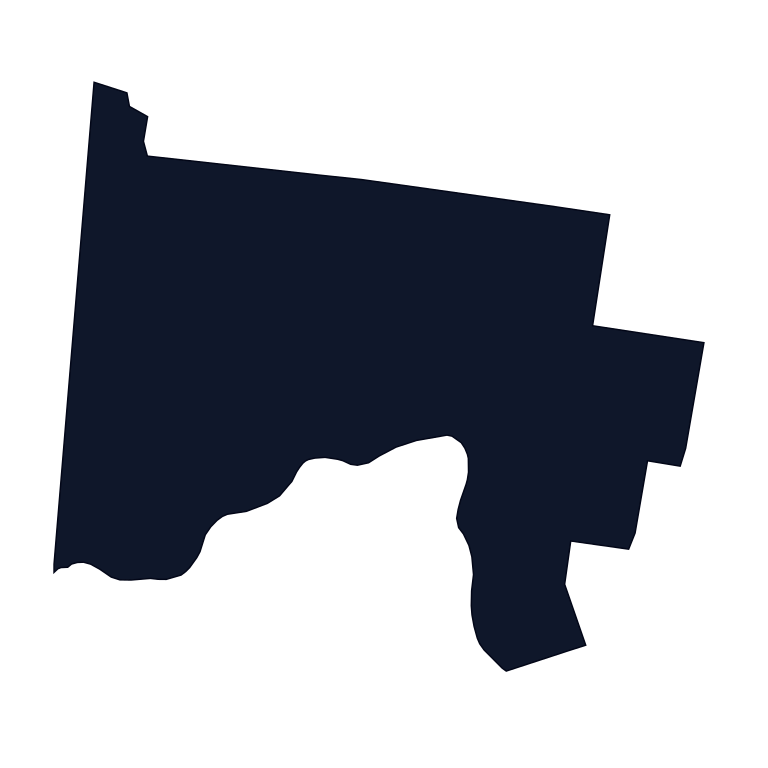 Scioto, Ohio, United States of America, rotated 5°
{"feature_id": "52423323B59045982564985", "entity_name": "Scioto", "entity_type": "district", "adm_level": 2, "iso_a3": "USA", "parent_name": "United States of America", "parent_adm1": "Ohio", "projection": "robinson", "projection_center": [-82.99, 38.793], "detail": "fine", "context": "isolated", "style": "filled", "palette": "ink", "viewbox_px": 768, "rotation_deg": 5, "n_neighbors": 0, "source": "geoboundaries", "source_scale": "gbopen_adm2", "svg_char_len": 1313}
<svg xmlns="http://www.w3.org/2000/svg" viewBox="0 0 768 768"><g transform="rotate(5 384 384)"><path d="M539.5,192.5L343.8,182.3L299.4,181.5L128.4,177.6L123.2,163.2L125.2,138.3L106.2,129.7L102.5,116.4L68.9,108.7L71.0,592.1L71.7,600.4L75.3,596.4L78.2,595.0L84.9,594.1L88.4,590.6L94.0,588.5L100.2,587.7L107.4,589.0L116.9,593.2L129.1,600.1L137.9,602.1L149.1,601.3L168.2,598.0L176.2,598.2L184.1,597.6L198.5,592.0L202.8,588.1L206.4,583.8L212.6,573.3L215.3,567.1L219.1,549.8L223.9,541.3L229.5,534.4L234.5,530.0L239.3,527.4L258.1,522.8L278.3,513.0L289.7,504.5L298.2,492.5L300.7,489.1L304.6,479.1L307.1,474.4L310.1,469.9L312.3,467.7L312.5,467.5L315.3,465.8L321.6,463.8L331.7,462.2L344.4,463.0L349.8,464.0L357.8,466.9L364.6,467.2L375.5,463.8L385.5,456.1L401.5,445.8L421.2,437.4L451.2,429.4L456.3,430.0L466.1,435.7L470.2,440.9L471.4,443.2L473.2,446.7L474.5,450.7L475.9,464.5L475.4,472.1L474.6,476.6L470.4,493.2L468.8,502.6L468.1,511.5L470.9,520.6L476.2,526.4L482.7,537.4L486.6,548.4L489.8,566.1L489.3,582.4L490.3,597.3L491.8,606.4L494.9,617.7L499.1,629.0L502.0,634.4L506.9,640.2L526.6,656.8L530.8,659.3L589.3,634.3L607.7,626.6L581.4,567.8L583.7,524.1L642.1,527.2L647.1,510.6L653.2,437.5L686.2,440.0L690.1,421.8L699.1,315.0L586.7,307.8L594.1,195.8L539.5,192.5Z" fill="#0f172a" stroke="#020617" stroke-width="1.5"/></g></svg>